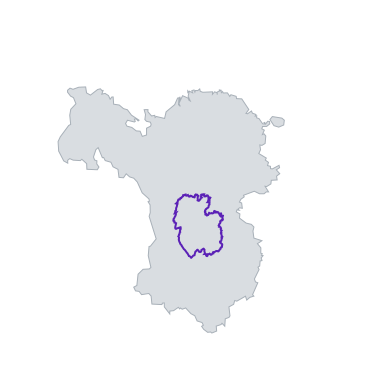 China, with Qinghai highlighted, rotated 250°
{"feature_id": "CHN-1151", "entity_name": "Qinghai", "entity_type": "Province", "adm_level": 1, "iso_a3": "CHN", "parent_name": "China", "parent_adm1": "", "projection": "equal_earth", "projection_center": [96.897, 35.43], "detail": "fine", "context": "in_parent", "style": "outline", "palette": "violet", "viewbox_px": 384, "rotation_deg": 250, "n_neighbors": 0, "source": "natural_earth", "source_scale": "10m", "svg_char_len": 9537}
<svg xmlns="http://www.w3.org/2000/svg" viewBox="0 0 384 384"><g transform="rotate(250 192 192)"><path d="M219.4,280.5L212.6,277.3L211.9,273.7L213.0,271.8L208.2,270.8L205.3,267.9L198.5,273.4L196.9,271.8L193.7,274.0L191.0,272.0L189.3,274.5L187.1,273.8L186.2,275.4L187.3,282.9L184.9,282.6L184.0,278.8L179.2,280.7L178.0,276.9L174.2,276.1L175.9,270.5L172.6,268.9L171.6,264.1L172.4,262.6L165.9,264.0L166.7,261.9L165.7,259.1L167.2,254.9L171.4,250.8L171.3,239.3L169.6,239.4L168.5,235.5L166.3,233.1L164.7,234.9L159.5,233.7L160.9,231.3L160.2,229.4L158.7,230.2L159.8,228.1L158.2,226.8L155.0,229.5L151.2,227.7L144.3,232.2L141.3,236.7L137.9,238.2L134.4,235.9L127.5,234.4L122.3,241.0L121.1,235.8L116.0,237.6L111.0,235.7L110.0,236.9L108.7,235.6L107.9,237.0L106.4,234.5L103.6,234.3L103.9,232.4L99.3,230.3L98.8,228.3L96.2,228.5L88.9,220.9L85.8,220.9L84.2,222.8L74.8,213.8L73.0,214.5L73.2,210.2L71.7,206.5L75.8,206.6L74.1,196.8L75.4,195.0L72.2,192.7L71.4,187.4L62.6,185.3L61.5,183.8L61.5,179.9L54.7,176.9L58.4,175.3L57.5,173.9L57.7,168.9L52.9,167.6L52.7,162.4L54.1,161.6L54.8,158.7L59.0,156.0L62.5,155.1L62.9,157.1L65.9,156.8L69.1,152.7L74.8,152.3L78.0,149.4L85.2,146.4L85.2,142.7L87.0,141.4L86.4,140.4L88.3,139.7L86.8,134.1L87.7,130.4L85.0,129.4L93.5,126.7L97.2,128.0L97.7,126.2L96.5,125.2L100.4,116.0L108.2,118.0L111.4,116.7L112.8,109.5L116.7,108.3L118.4,105.1L122.5,104.7L123.0,108.2L133.2,113.2L136.1,119.6L134.3,125.6L135.2,127.6L147.1,129.1L155.5,133.0L155.3,134.4L160.2,142.3L183.8,143.4L186.9,145.7L194.2,148.2L197.9,147.4L197.9,148.8L200.2,149.2L208.3,144.9L220.1,144.0L224.9,142.0L227.5,138.6L231.6,136.4L228.8,132.5L230.7,128.4L238.6,130.2L242.7,126.4L247.7,126.0L251.2,121.2L254.6,120.8L254.9,119.5L265.8,119.0L264.7,116.2L258.6,111.4L255.4,111.4L253.8,113.3L251.0,112.1L247.3,113.1L245.3,110.6L249.3,101.0L254.7,102.7L260.4,99.7L259.7,97.8L262.6,91.2L265.2,88.5L264.3,86.0L261.6,85.1L265.1,82.1L276.0,80.7L285.2,83.4L288.9,87.1L296.7,98.9L297.0,101.1L306.0,103.4L311.2,106.4L314.6,113.1L321.2,112.9L323.6,110.7L328.4,109.2L330.2,109.9L331.3,112.9L329.2,115.3L329.2,121.4L327.1,128.0L321.2,126.8L317.8,129.7L320.6,138.4L320.3,141.2L317.5,142.3L318.2,143.5L314.8,140.7L314.4,144.0L311.2,146.5L307.2,146.8L308.7,149.1L308.3,150.4L301.3,148.4L298.6,153.4L293.8,156.1L291.4,159.4L284.9,161.4L277.6,166.8L277.2,165.7L279.8,164.5L280.2,162.8L277.7,162.8L277.5,161.8L281.5,155.9L279.1,153.0L276.1,153.4L273.3,157.5L268.5,160.5L266.9,164.0L261.3,164.3L261.1,168.8L267.5,171.1L268.0,175.6L269.7,176.8L271.9,176.7L274.0,173.4L276.2,172.5L280.7,174.8L285.7,175.2L284.5,178.8L282.5,178.0L277.3,180.0L276.8,183.2L274.6,182.8L275.2,184.2L270.5,191.4L276.2,195.1L280.0,205.6L285.2,210.6L285.0,211.9L278.7,209.2L276.4,210.3L279.7,210.0L285.7,216.1L281.5,220.5L279.3,220.5L278.1,221.5L283.3,221.1L287.7,223.9L285.0,226.5L287.3,226.5L287.2,228.8L284.9,228.9L286.2,230.0L285.3,232.1L286.2,234.5L283.8,234.2L282.0,236.3L279.1,245.6L276.8,244.6L278.4,247.6L276.5,249.5L274.8,249.0L277.3,249.8L277.6,254.0L275.3,253.6L275.9,255.1L274.4,255.2L273.0,259.2L268.9,260.2L270.1,261.8L266.8,266.2L264.5,265.8L262.5,270.6L250.1,273.6L247.4,269.6L246.5,270.9L247.8,275.6L245.4,275.7L243.0,278.6L241.7,277.3L241.5,278.9L239.6,278.1L238.0,280.1L231.9,281.7L230.7,284.4L232.6,287.3L231.8,288.9L229.4,288.4L228.1,284.6L229.4,280.7L227.5,279.2L225.4,281.1L221.9,277.8L222.0,279.6L219.4,280.5ZM233.4,290.0L235.4,293.3L230.7,301.7L227.9,303.3L223.6,301.1L223.3,295.7L226.3,291.7L233.4,290.0ZM285.6,213.3L283.9,212.9L282.2,211.2L283.5,211.5L285.6,213.3ZM288.5,222.6L287.3,223.0L286.9,222.1L288.5,222.6ZM278.6,252.6L277.9,253.7L277.9,252.3L278.6,252.6ZM231.3,284.0L232.5,283.4L232.5,284.2L231.3,284.0Z" fill="#d9dde1" stroke="#a8b0b8" stroke-width="1"/><path d="M143.7,164.2L144.2,164.2L144.7,163.9L145.4,164.0L146.1,163.8L146.6,163.4L147.2,163.4L147.6,163.2L148.4,163.4L149.5,163.1L151.1,163.2L151.8,163.3L152.3,163.7L153.2,163.9L153.6,164.2L154.6,164.2L155.0,164.0L155.7,164.9L156.3,165.1L156.9,165.9L157.3,166.0L157.8,166.5L158.4,166.7L158.5,167.2L158.9,167.2L159.3,167.4L159.7,167.5L160.7,168.0L160.7,168.4L160.8,168.5L161.8,169.0L162.6,169.2L162.8,169.2L162.9,167.9L162.7,167.3L162.9,167.1L162.9,166.8L162.9,166.0L163.0,165.2L162.8,164.5L163.1,164.0L163.7,163.9L164.7,164.2L168.1,166.4L169.0,165.6L169.1,165.3L169.3,165.0L169.6,165.1L169.9,165.4L170.6,165.5L171.0,165.2L171.2,164.7L171.4,164.7L172.1,165.0L172.4,165.3L172.9,165.4L173.0,165.5L172.9,165.7L173.0,165.8L174.9,167.7L175.2,168.2L176.3,169.1L177.3,169.4L177.7,169.7L178.0,170.1L178.0,169.5L177.8,169.3L177.7,168.9L177.8,168.4L178.8,169.4L179.8,169.7L180.0,170.0L180.2,170.6L180.3,170.8L182.3,171.6L183.5,172.7L185.4,173.9L185.8,174.4L186.0,174.4L186.1,173.8L186.6,173.1L186.9,173.8L187.1,174.1L187.2,174.3L187.1,174.6L187.1,174.8L187.6,175.2L187.9,175.2L188.6,175.8L189.0,176.0L189.6,176.7L189.6,177.0L189.3,177.2L189.2,178.0L189.6,178.3L189.8,178.6L190.3,179.0L190.3,179.3L189.9,179.5L189.9,179.8L190.4,180.2L190.6,180.7L190.7,180.9L191.0,182.0L191.4,182.1L192.1,182.7L191.6,183.6L191.9,184.1L191.8,184.5L191.8,185.1L191.2,185.0L190.9,185.0L190.7,185.1L190.4,185.6L190.6,186.5L190.6,187.1L189.8,187.0L189.5,187.2L189.2,187.7L188.6,187.8L188.6,188.2L188.5,188.6L189.0,189.2L189.0,189.4L188.8,189.6L188.5,190.1L188.2,190.2L187.7,190.7L187.3,190.8L186.9,191.2L186.8,191.5L186.9,191.8L186.8,192.0L186.5,192.0L186.1,192.4L186.1,192.6L186.3,192.8L186.5,192.9L186.8,192.6L187.0,193.1L187.1,193.3L187.3,193.4L187.7,193.5L188.0,193.7L188.4,194.6L188.2,194.8L188.1,195.1L187.8,195.1L187.7,195.4L187.4,195.5L187.5,195.7L187.2,195.8L187.2,196.0L186.7,196.0L186.3,196.5L186.0,196.2L185.6,196.0L185.5,195.7L185.3,195.6L184.1,195.2L183.7,195.0L182.8,194.8L182.2,194.4L181.5,195.1L181.4,195.6L181.5,195.9L182.0,196.7L182.3,197.4L182.6,197.7L183.2,197.9L183.3,198.4L183.4,199.2L183.7,199.0L184.1,199.2L184.4,199.2L185.0,198.8L185.4,199.3L185.6,200.1L186.0,200.1L186.3,200.0L186.3,200.3L185.9,200.7L185.8,200.9L185.8,201.3L186.1,201.7L185.7,202.6L185.2,202.1L184.8,201.9L184.6,201.9L184.4,202.2L184.2,202.1L183.5,202.4L183.3,203.1L183.2,203.7L183.3,203.9L183.7,204.2L183.8,204.6L183.5,205.4L183.3,205.6L183.0,205.5L182.6,205.7L182.3,205.8L181.8,205.6L181.0,205.5L180.9,206.0L180.9,206.5L180.7,207.0L180.4,207.3L180.0,206.9L180.1,206.7L180.5,206.2L180.2,205.8L180.1,205.5L179.7,205.0L179.0,205.2L178.8,205.8L178.4,205.7L178.5,205.0L178.4,204.4L177.9,203.8L177.4,203.7L177.1,203.2L176.9,203.7L176.6,203.9L176.6,204.4L176.4,205.0L175.4,204.5L174.2,204.1L173.9,203.4L173.3,202.9L172.2,202.4L171.7,201.5L171.7,201.1L171.5,200.2L171.3,200.0L171.1,199.6L171.0,199.4L171.1,199.1L170.1,197.9L169.8,197.8L169.3,197.9L169.0,197.3L168.1,197.2L167.9,197.2L167.3,197.7L166.7,197.8L166.6,197.2L166.4,196.9L166.2,196.9L166.0,197.4L164.9,197.8L164.8,198.1L165.0,198.6L164.9,199.4L165.1,199.6L165.4,199.7L165.5,200.2L165.6,200.4L166.1,200.5L166.6,200.9L166.5,201.1L166.0,201.3L165.8,201.7L165.5,202.2L165.4,202.6L165.5,203.1L165.5,203.3L165.0,203.7L164.8,204.1L164.9,204.8L165.1,205.3L165.8,205.8L166.0,205.9L166.1,206.1L166.5,206.4L166.5,206.6L166.1,207.0L165.9,206.8L164.8,206.7L164.6,207.2L165.0,207.4L164.9,207.8L164.9,208.1L164.5,208.2L164.4,208.3L164.2,208.8L164.4,209.3L164.2,209.5L163.9,209.5L163.8,209.8L163.6,209.9L163.0,209.8L162.6,210.0L161.7,210.1L162.0,210.6L161.8,211.1L162.0,211.6L161.9,212.0L161.7,212.0L161.3,211.7L160.4,211.5L160.0,211.1L159.6,210.5L159.1,210.7L158.8,211.3L159.2,211.9L159.2,212.5L159.3,212.7L159.1,213.0L158.9,212.9L158.7,212.4L158.6,212.0L158.4,211.8L157.4,211.8L157.0,211.9L156.8,211.6L156.4,211.5L155.6,211.6L155.2,211.2L155.1,210.7L154.9,210.2L155.0,209.9L155.3,209.8L155.2,209.6L155.3,209.3L155.2,208.9L154.8,208.7L154.5,208.3L153.6,208.3L153.1,207.8L153.0,207.7L152.8,206.9L152.0,206.4L151.9,206.1L151.3,205.5L151.2,205.5L150.9,205.8L150.3,206.1L150.1,205.9L150.0,206.3L149.2,206.5L148.9,206.8L148.3,206.8L148.0,206.6L147.6,206.7L147.3,206.3L147.0,206.2L146.3,206.2L145.8,206.6L145.6,206.2L145.2,206.2L144.4,205.6L143.6,205.7L143.4,205.1L142.7,205.2L142.1,205.0L141.7,205.1L140.4,204.9L140.2,205.0L140.0,204.9L139.6,205.1L139.5,204.6L139.5,204.3L139.0,204.1L138.7,204.4L138.4,204.4L138.2,204.2L137.6,203.6L137.2,203.5L136.3,202.9L136.0,202.5L135.5,201.6L135.7,201.3L135.5,201.2L134.6,201.2L134.3,201.7L133.9,201.9L133.4,201.9L132.9,202.4L132.6,202.5L132.1,202.4L131.7,202.2L130.9,201.5L130.6,201.6L130.2,201.4L129.8,200.8L129.8,200.4L129.9,200.2L129.7,199.8L129.4,199.5L128.8,199.3L128.7,198.8L128.4,198.5L128.4,198.1L127.7,197.5L127.2,196.5L127.2,196.3L127.3,196.1L127.7,196.0L127.9,195.6L128.3,194.6L128.2,194.4L128.0,193.3L127.9,192.6L127.7,192.2L128.2,191.7L128.2,191.1L128.0,190.9L127.0,190.8L127.1,190.0L126.5,189.0L126.7,188.8L126.7,188.2L127.3,188.0L127.9,187.6L128.0,187.5L127.7,187.1L127.9,186.8L127.9,186.4L128.2,185.6L128.3,185.2L128.1,185.1L127.5,185.1L126.9,184.9L126.7,184.6L126.6,184.2L126.9,183.8L127.4,183.6L127.8,183.6L128.8,183.7L129.1,183.6L129.2,183.4L129.5,182.4L129.7,182.7L130.1,183.2L130.7,183.3L132.3,183.4L133.4,184.0L134.7,183.6L134.8,183.5L134.8,183.2L134.5,182.1L134.2,180.9L133.4,180.6L133.1,180.3L132.8,179.9L132.8,179.1L132.9,178.9L133.4,178.2L134.5,178.1L135.2,177.7L135.7,177.6L135.9,177.3L135.8,176.9L135.4,176.5L135.1,175.8L134.9,175.0L134.7,174.7L134.1,174.4L133.6,173.9L131.7,172.7L131.8,171.9L131.8,171.4L130.7,169.4L130.5,168.7L130.8,168.5L131.3,168.5L132.1,168.1L132.8,167.5L132.9,167.2L134.6,167.0L135.5,166.8L136.0,166.8L136.8,166.3L137.6,166.2L139.9,165.5L140.5,165.2L141.1,164.8L141.7,164.7L143.7,164.2Z" fill="none" stroke="#5b21b6" stroke-width="2"/></g></svg>